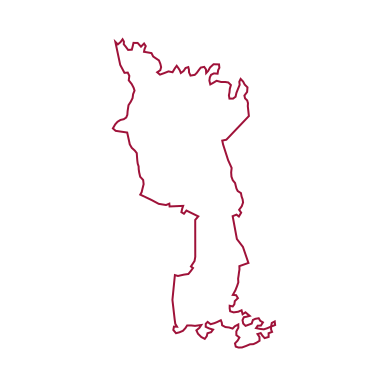 São José do Cedro, Santa Catarina, Brazil (Mercator projection), rotated 262°
{"feature_id": "56859067B92254336371282", "entity_name": "São José do Cedro", "entity_type": "district", "adm_level": 2, "iso_a3": "BRA", "parent_name": "Brazil", "parent_adm1": "Santa Catarina", "projection": "mercator", "projection_center": [-53.558, -26.479], "detail": "fine", "context": "isolated", "style": "outline", "palette": "rose", "viewbox_px": 384, "rotation_deg": 262, "n_neighbors": 0, "source": "geoboundaries", "source_scale": "gbopen_adm2", "svg_char_len": 3481}
<svg xmlns="http://www.w3.org/2000/svg" viewBox="0 0 384 384"><g transform="rotate(262 192 192)"><path d="M315.5,231.1L312.8,227.2L309.6,224.8L307.8,222.6L311.4,222.9L314.2,221.5L314.0,218.0L312.1,216.0L309.2,213.2L307.6,211.0L307.5,206.7L310.9,205.7L313.5,206.0L316.2,205.7L315.7,202.9L313.0,200.5L311.4,197.5L314.3,196.8L316.7,195.7L319.1,194.4L316.8,192.2L313.3,189.4L314.7,185.5L313.6,181.0L312.7,176.6L315.4,174.2L317.0,177.5L319.9,178.8L323.2,178.5L326.9,177.6L329.5,174.7L331.6,172.4L335.2,171.2L336.5,167.2L337.5,164.0L340.2,164.9L342.9,166.5L345.7,165.2L343.0,161.7L347.2,158.9L347.8,154.8L344.4,153.5L341.3,152.2L341.6,148.5L345.3,146.5L347.8,145.0L350.4,145.5L352.9,144.5L350.4,142.1L348.5,139.1L351.3,137.0L327.9,138.6L319.4,141.7L319.2,145.0L315.7,146.1L311.4,144.9L307.3,147.3L303.4,148.7L300.4,149.2L297.1,147.3L293.2,146.2L289.9,143.9L286.8,141.2L284.1,140.4L281.1,139.5L277.4,138.7L274.9,137.2L273.6,134.6L273.3,131.2L271.9,128.0L269.7,125.4L266.0,122.5L263.2,124.9L259.9,136.1L250.8,136.8L247.8,137.0L244.1,138.5L241.0,141.1L238.2,142.7L233.9,142.4L230.5,142.2L227.5,142.2L224.8,142.7L222.1,142.4L218.7,142.4L214.3,142.8L210.7,145.3L206.5,145.2L202.1,143.4L198.8,142.1L196.6,140.4L189.5,151.1L184.9,157.4L182.7,164.5L183.6,167.9L180.8,167.8L179.5,181.3L176.7,179.9L173.5,178.7L171.6,181.0L174.4,183.9L167.0,194.8L163.9,191.3L127.3,186.2L123.3,184.9L120.8,182.7L118.4,180.6L116.6,182.4L114.0,179.9L111.3,177.0L111.3,172.5L110.8,166.4L112.1,163.5L87.9,157.6L68.2,157.1L63.8,157.1L60.7,158.4L61.2,155.4L58.0,154.3L54.4,156.5L54.8,160.0L55.8,163.7L58.1,166.5L60.5,168.6L60.0,172.4L59.0,176.4L59.0,179.8L59.0,182.7L56.4,180.4L54.4,177.1L50.8,178.2L47.1,181.0L44.8,184.2L47.1,186.5L50.0,187.7L50.5,191.4L52.8,193.7L54.5,190.0L56.6,186.8L59.6,187.3L61.2,189.4L58.5,192.0L59.0,195.9L59.7,198.7L61.0,202.7L58.5,203.3L55.8,203.3L53.6,206.3L52.7,209.8L51.1,213.2L53.1,215.8L54.4,219.4L51.1,219.0L47.8,216.5L44.1,216.0L41.3,218.7L38.5,216.5L36.1,213.5L32.8,213.8L31.5,216.4L31.1,219.9L32.0,224.1L33.1,228.2L32.8,231.6L33.8,234.9L35.3,238.2L39.1,238.6L42.2,237.1L42.7,240.4L40.0,241.7L37.2,243.6L37.8,247.7L41.5,248.2L42.3,251.8L44.8,251.2L47.7,251.5L46.6,247.4L46.0,244.0L47.0,240.2L48.3,236.5L50.5,238.5L50.1,241.6L53.0,244.1L54.9,241.7L57.7,240.5L57.6,237.1L56.8,234.5L53.4,232.8L52.7,229.7L52.0,226.4L54.6,224.4L58.1,224.2L60.8,225.9L60.9,228.7L61.3,231.9L63.3,230.1L65.4,228.2L63.9,225.1L68.0,224.6L67.0,221.1L67.0,216.5L68.6,213.2L71.5,213.1L74.1,213.5L73.0,216.4L74.9,218.3L78.0,219.2L80.5,222.7L83.7,221.3L84.4,218.1L88.5,221.2L92.5,223.5L96.1,225.3L99.8,225.6L103.1,226.6L105.7,227.3L108.6,228.2L112.0,228.6L113.9,238.0L130.5,234.8L139.2,229.9L162.4,228.9L163.4,232.9L161.2,235.0L164.7,237.8L167.8,236.2L171.0,239.3L174.5,241.1L177.7,241.1L180.5,240.5L184.1,240.3L186.6,237.4L189.2,236.5L191.9,236.2L194.9,235.9L198.0,234.0L201.7,233.2L205.9,233.5L210.3,234.6L218.5,232.2L234.7,229.4L238.7,229.1L239.0,233.3L259.3,258.9L269.2,259.2L272.2,259.8L275.0,259.4L277.3,257.6L280.2,257.3L283.4,260.5L287.9,261.5L291.1,259.1L294.2,258.0L297.2,255.9L294.6,254.2L291.5,254.1L287.7,251.9L284.0,249.8L280.3,248.4L278.8,245.7L279.3,242.1L282.6,242.0L285.5,243.0L288.9,243.8L292.5,245.4L295.4,243.2L296.3,240.3L296.9,236.1L298.7,231.8L297.1,228.1L296.0,225.1L299.9,224.7L303.0,225.6L305.4,227.2L306.4,230.2L305.6,233.8L309.1,234.9L311.2,236.4L314.6,236.5L315.5,231.1ZM47.7,251.5L48.7,255.8L52.3,255.9L51.2,252.8L47.7,251.5Z" fill="none" stroke="#9f1239" stroke-width="2"/></g></svg>